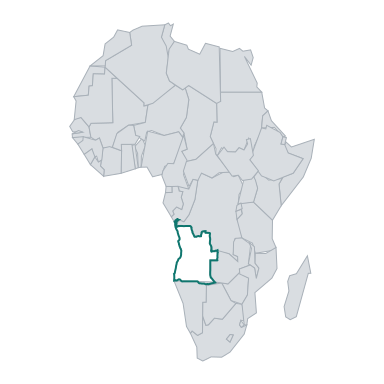 Angola highlighted on a map of Africa
{"feature_id": "AGO", "entity_name": "Angola", "entity_type": "country or territory", "adm_level": 0, "iso_a3": "AGO", "parent_name": "Africa", "parent_adm1": "", "projection": "equal_earth", "projection_center": [17.424, -11.224], "detail": "fine", "context": "in_parent", "style": "outline", "palette": "teal", "viewbox_px": 384, "rotation_deg": 0, "n_neighbors": 49, "source": "natural_earth", "source_scale": "50m", "svg_char_len": 13792}
<svg xmlns="http://www.w3.org/2000/svg" viewBox="0 0 384 384"><path d="M253.5,202.1L272.5,220.2L272.2,238.7L276.0,247.5L273.1,250.3L255.3,253.3L252.5,243.2L241.9,238.0L237.9,229.2L237.0,219.4L242.1,213.8L240.9,203.0L253.5,202.1Z" fill="#d9dde1" stroke="#a8b0b8" stroke-width="1"/><path d="M105.1,67.2L104.5,74.1L93.3,73.8L92.4,85.7L89.1,86.1L88.3,95.2L73.7,96.7L90.1,65.9L105.1,67.2Z" fill="#d9dde1" stroke="#a8b0b8" stroke-width="1"/><path d="M237.0,219.4L241.9,238.0L234.7,238.9L233.2,254.6L237.6,256.5L237.8,261.6L228.9,253.7L211.0,251.2L209.6,232.9L203.7,231.2L199.8,236.3L194.3,236.7L190.2,226.1L175.2,225.6L180.3,219.4L183.9,221.7L189.0,214.7L194.9,199.6L198.1,177.1L201.5,173.1L212.0,178.0L223.7,172.0L229.9,172.1L233.7,176.7L238.3,175.2L243.7,186.8L239.0,194.6L237.0,219.4Z" fill="#d9dde1" stroke="#a8b0b8" stroke-width="1"/><path d="M281.2,205.7L279.0,184.0L283.1,177.0L293.2,173.2L303.1,158.7L288.2,153.0L284.0,146.3L286.0,142.0L291.4,147.0L314.3,139.3L311.2,158.3L303.3,177.0L281.2,205.7Z" fill="#d9dde1" stroke="#a8b0b8" stroke-width="1"/><path d="M272.5,220.2L253.5,202.1L257.6,188.3L253.8,176.9L258.4,170.8L268.6,180.1L282.1,178.5L279.0,184.0L281.2,205.7L272.5,220.2Z" fill="#d9dde1" stroke="#a8b0b8" stroke-width="1"/><path d="M219.7,157.6L217.0,155.5L215.7,154.1L216.0,148.7L210.2,136.6L213.9,121.9L217.0,122.2L216.6,101.4L220.6,101.4L220.5,92.1L261.7,92.1L264.6,108.0L268.0,110.9L262.7,115.8L261.1,132.0L254.3,146.0L253.4,155.4L248.7,138.3L244.0,150.0L239.1,147.7L235.4,152.0L227.5,151.7L221.5,147.8L217.3,155.7L219.7,157.6Z" fill="#d9dde1" stroke="#a8b0b8" stroke-width="1"/><path d="M216.6,103.4L217.0,122.2L213.9,121.9L210.2,136.6L213.5,143.6L196.0,159.3L186.4,161.5L181.7,151.3L187.1,149.2L184.0,133.1L180.3,128.1L186.4,117.4L188.8,99.6L185.2,88.0L188.7,85.5L216.6,103.4Z" fill="#d9dde1" stroke="#a8b0b8" stroke-width="1"/><path d="M190.4,333.3L192.1,331.0L197.6,335.4L202.5,332.7L202.6,315.9L205.9,325.3L208.4,324.8L214.4,318.2L222.4,319.2L235.9,303.4L242.0,304.2L244.2,314.0L243.6,320.8L240.9,320.3L239.5,324.9L241.4,327.4L246.8,324.9L244.2,334.1L230.0,352.1L221.7,357.2L211.1,356.9L202.8,361.0L197.2,358.1L196.8,347.1L190.4,333.3ZM233.2,335.0L230.2,334.5L226.4,339.1L230.0,342.1L233.2,335.0Z" fill="#d9dde1" stroke="#a8b0b8" stroke-width="1"/><path d="M233.2,335.0L230.0,342.1L226.4,339.1L230.2,334.5L233.2,335.0Z" fill="#d9dde1" stroke="#a8b0b8" stroke-width="1"/><path d="M242.0,304.2L231.0,300.6L221.7,283.0L228.0,283.9L239.6,272.4L248.6,278.1L247.4,295.1L242.0,304.2Z" fill="#d9dde1" stroke="#a8b0b8" stroke-width="1"/><path d="M235.9,303.4L222.4,319.2L214.4,318.2L208.4,324.8L205.9,325.3L202.6,315.9L202.7,302.3L206.1,302.1L206.4,285.4L221.7,283.0L231.0,300.6L235.9,303.4Z" fill="#d9dde1" stroke="#a8b0b8" stroke-width="1"/><path d="M202.7,302.3L202.5,332.7L197.6,335.4L192.1,331.0L190.4,333.3L186.5,326.5L183.1,303.5L174.0,280.9L221.1,282.2L206.4,285.4L206.1,302.1L202.7,302.3Z" fill="#d9dde1" stroke="#a8b0b8" stroke-width="1"/><path d="M72.7,131.8L69.7,126.4L75.5,118.2L81.0,117.5L89.0,126.9L90.9,137.3L72.5,137.6L72.1,133.9L82.9,132.2L72.7,131.8Z" fill="#d9dde1" stroke="#a8b0b8" stroke-width="1"/><path d="M90.9,137.3L89.0,126.9L91.0,123.3L112.8,122.7L111.9,78.3L117.1,78.3L144.1,102.9L144.0,105.9L147.9,105.4L145.3,122.4L128.5,125.2L117.8,132.4L112.4,147.3L103.0,148.1L99.4,138.0L95.6,140.2L90.9,137.3Z" fill="#d9dde1" stroke="#a8b0b8" stroke-width="1"/><path d="M73.7,96.7L88.3,95.2L89.1,86.1L92.4,85.7L93.3,73.8L104.5,74.1L105.1,67.2L117.1,78.3L111.9,78.3L112.8,122.7L91.0,123.3L89.0,126.9L81.0,117.5L74.2,119.7L76.1,101.0L73.7,96.7Z" fill="#d9dde1" stroke="#a8b0b8" stroke-width="1"/><path d="M141.1,167.2L138.2,167.7L137.6,153.3L134.5,146.8L142.1,138.3L145.4,145.5L141.4,156.3L141.1,167.2Z" fill="#d9dde1" stroke="#a8b0b8" stroke-width="1"/><path d="M185.2,88.0L188.8,99.6L186.4,117.4L180.3,128.1L184.0,133.1L182.5,137.1L178.7,131.8L164.1,135.5L151.5,130.5L146.7,132.1L144.8,141.1L135.7,135.4L133.6,125.4L145.3,122.4L147.9,105.4L175.3,85.2L182.7,89.8L185.2,88.0Z" fill="#d9dde1" stroke="#a8b0b8" stroke-width="1"/><path d="M141.1,167.2L147.7,131.1L164.1,135.5L178.7,131.8L183.9,139.1L173.7,163.7L164.7,166.3L162.0,174.4L152.6,176.8L147.0,167.1L141.1,167.2Z" fill="#d9dde1" stroke="#a8b0b8" stroke-width="1"/><path d="M183.7,135.3L187.1,149.2L181.7,151.3L187.0,160.2L183.5,174.6L188.8,189.1L166.1,186.4L161.9,175.7L162.9,170.9L167.9,163.4L173.7,163.7L183.7,135.3Z" fill="#d9dde1" stroke="#a8b0b8" stroke-width="1"/><path d="M135.0,144.3L138.2,167.7L135.3,168.8L131.6,145.7L135.0,144.3Z" fill="#d9dde1" stroke="#a8b0b8" stroke-width="1"/><path d="M131.9,144.2L135.3,168.8L121.1,173.3L121.3,144.4L131.9,144.2Z" fill="#d9dde1" stroke="#a8b0b8" stroke-width="1"/><path d="M103.0,148.1L109.6,146.6L121.6,150.8L121.1,173.3L103.6,176.3L104.2,169.8L100.5,166.1L103.0,148.1Z" fill="#d9dde1" stroke="#a8b0b8" stroke-width="1"/><path d="M83.2,136.7L95.6,140.2L99.4,138.0L103.0,148.1L101.8,160.2L98.4,162.1L96.6,156.1L93.9,157.0L91.9,148.9L84.2,154.4L77.8,144.1L83.2,136.7Z" fill="#d9dde1" stroke="#a8b0b8" stroke-width="1"/><path d="M72.5,137.6L83.2,136.7L82.9,140.4L77.8,144.1L72.5,137.6Z" fill="#d9dde1" stroke="#a8b0b8" stroke-width="1"/><path d="M101.3,160.3L100.5,166.1L104.2,169.8L103.6,176.3L90.4,164.6L94.9,156.8L98.4,162.1L101.3,160.3Z" fill="#d9dde1" stroke="#a8b0b8" stroke-width="1"/><path d="M84.2,154.4L91.9,148.9L94.9,156.8L90.4,164.6L84.2,154.4Z" fill="#d9dde1" stroke="#a8b0b8" stroke-width="1"/><path d="M112.4,147.3L116.8,133.6L128.5,125.2L133.6,125.4L135.7,135.4L139.8,136.5L135.0,144.3L121.3,144.4L121.6,150.8L112.4,147.3Z" fill="#d9dde1" stroke="#a8b0b8" stroke-width="1"/><path d="M229.9,172.1L219.2,172.7L212.0,178.0L201.5,173.1L197.8,180.5L193.1,179.4L189.0,186.5L183.4,171.1L186.4,161.5L196.0,159.3L213.5,143.6L215.7,154.1L229.9,172.1Z" fill="#d9dde1" stroke="#a8b0b8" stroke-width="1"/><path d="M197.8,180.5L194.9,199.6L189.0,214.7L183.9,221.7L176.8,219.1L174.3,222.0L171.3,216.8L174.0,214.2L172.7,211.0L176.6,207.0L181.7,209.5L183.3,204.0L181.2,197.3L182.8,191.7L179.2,191.1L178.4,186.5L188.8,189.1L193.1,179.4L197.8,180.5Z" fill="#d9dde1" stroke="#a8b0b8" stroke-width="1"/><path d="M171.9,186.5L178.0,186.3L179.2,191.1L182.8,191.7L181.2,197.3L183.3,204.0L181.7,209.5L176.6,207.0L172.7,211.0L174.0,214.2L171.3,216.8L163.0,202.9L165.5,192.6L172.0,192.4L171.9,186.5Z" fill="#d9dde1" stroke="#a8b0b8" stroke-width="1"/><path d="M166.1,186.4L171.9,186.5L172.0,192.4L165.5,192.6L166.1,186.4Z" fill="#d9dde1" stroke="#a8b0b8" stroke-width="1"/><path d="M241.9,238.0L250.7,244.4L248.4,263.8L250.2,265.0L239.4,269.0L239.6,272.4L228.0,283.9L214.5,281.9L209.9,275.1L210.2,259.9L217.6,260.0L217.3,250.4L228.9,253.7L237.8,261.6L237.6,256.5L233.2,254.6L233.6,241.9L235.6,238.3L241.9,238.0Z" fill="#d9dde1" stroke="#a8b0b8" stroke-width="1"/><path d="M249.0,242.3L254.4,246.7L255.1,263.2L258.9,268.1L256.3,278.5L254.6,268.1L248.4,263.8L251.5,248.5L249.0,242.3Z" fill="#d9dde1" stroke="#a8b0b8" stroke-width="1"/><path d="M255.3,253.3L265.7,253.5L276.0,247.5L277.0,268.5L271.9,278.1L254.9,292.6L256.4,312.9L247.7,318.6L246.8,324.9L244.2,324.9L242.0,304.2L247.4,295.1L248.6,278.1L239.8,274.1L239.4,269.0L250.2,265.0L254.6,268.1L256.3,278.5L258.9,268.1L255.1,263.2L255.3,253.3Z" fill="#d9dde1" stroke="#a8b0b8" stroke-width="1"/><path d="M244.2,324.9L241.4,327.4L239.5,324.9L240.9,320.3L244.2,324.9Z" fill="#d9dde1" stroke="#a8b0b8" stroke-width="1"/><path d="M241.1,209.3L242.1,213.8L237.0,219.4L235.9,211.3L241.1,209.3Z" fill="#d9dde1" stroke="#a8b0b8" stroke-width="1"/><path d="M307.4,255.8L310.8,273.3L308.3,273.3L296.3,316.7L290.2,319.7L285.7,316.9L284.1,306.6L288.9,291.0L287.7,281.4L289.7,275.7L296.4,273.7L307.4,255.8Z" fill="#d9dde1" stroke="#a8b0b8" stroke-width="1"/><path d="M72.1,133.9L78.5,130.5L82.9,132.2L72.1,133.9Z" fill="#d9dde1" stroke="#a8b0b8" stroke-width="1"/><path d="M167.4,54.0L161.4,37.2L164.8,24.8L168.4,23.0L170.5,25.7L173.3,24.1L170.1,36.1L174.4,41.4L167.4,54.0Z" fill="#d9dde1" stroke="#a8b0b8" stroke-width="1"/><path d="M105.1,67.2L105.6,60.6L131.6,45.2L129.7,32.5L133.0,30.1L142.1,26.2L164.8,24.8L161.4,37.2L166.2,46.0L168.3,57.9L166.3,73.1L169.5,81.0L175.3,85.2L152.9,103.3L144.0,105.9L144.1,102.9L105.1,67.2Z" fill="#d9dde1" stroke="#a8b0b8" stroke-width="1"/><path d="M261.6,127.9L262.7,115.8L268.0,110.9L271.4,120.7L285.5,136.1L282.9,136.9L274.3,127.4L261.6,127.9Z" fill="#d9dde1" stroke="#a8b0b8" stroke-width="1"/><path d="M90.1,65.9L103.1,55.7L105.1,43.9L113.7,37.1L117.6,29.9L129.7,32.5L131.6,45.2L105.6,60.6L105.2,65.9L90.1,65.9Z" fill="#d9dde1" stroke="#a8b0b8" stroke-width="1"/><path d="M261.7,92.1L220.5,92.1L220.0,48.3L232.7,51.5L239.5,48.4L242.9,51.2L250.6,49.9L253.2,57.6L251.1,65.2L244.4,56.4L257.2,83.1L256.8,86.9L261.7,92.1Z" fill="#d9dde1" stroke="#a8b0b8" stroke-width="1"/><path d="M219.2,46.9L220.6,101.4L216.6,103.4L188.7,85.5L182.7,89.8L169.5,81.0L166.3,73.1L169.1,49.2L174.4,41.4L186.8,45.2L188.4,49.2L199.7,54.2L205.5,43.3L219.2,46.9Z" fill="#d9dde1" stroke="#a8b0b8" stroke-width="1"/><path d="M303.1,158.7L293.2,173.2L273.8,180.9L261.5,175.9L249.8,159.8L261.6,127.9L265.8,128.9L266.7,125.3L280.1,132.5L282.9,136.9L281.0,144.0L284.7,144.6L288.2,153.0L303.1,158.7Z" fill="#d9dde1" stroke="#a8b0b8" stroke-width="1"/><path d="M282.9,136.9L286.4,137.6L284.7,144.6L281.0,144.0L282.9,136.9Z" fill="#d9dde1" stroke="#a8b0b8" stroke-width="1"/><path d="M253.5,202.1L237.9,204.0L243.9,179.2L253.8,176.9L255.5,180.3L257.6,188.3L253.5,202.1Z" fill="#d9dde1" stroke="#a8b0b8" stroke-width="1"/><path d="M240.9,203.0L242.2,208.6L235.9,211.3L236.9,205.4L240.9,203.0Z" fill="#d9dde1" stroke="#a8b0b8" stroke-width="1"/><path d="M242.4,180.5L238.3,175.2L232.1,176.1L217.3,155.7L224.0,147.1L227.5,151.7L235.4,152.0L239.1,147.7L244.0,150.0L247.6,143.9L246.4,139.6L250.4,138.6L253.4,155.4L249.8,159.8L258.4,170.8L251.6,179.1L242.4,180.5Z" fill="#d9dde1" stroke="#a8b0b8" stroke-width="1"/><path d="M217.5,250.2L217.6,250.8L217.6,251.7L217.7,252.3L217.7,252.6L217.8,252.7L217.7,252.9L217.6,253.3L217.5,253.6L217.5,253.8L217.5,254.3L217.5,254.9L217.4,255.5L217.4,256.2L217.5,257.3L217.5,257.6L217.3,258.2L217.2,258.6L217.1,259.2L217.1,259.4L217.4,260.2L217.4,260.3L217.2,260.4L216.2,260.4L215.2,260.4L214.1,260.4L213.0,260.4L212.1,260.4L211.1,260.4L210.3,260.4L210.3,261.1L210.3,262.7L210.3,264.2L210.3,265.7L210.3,267.3L210.3,268.8L210.3,270.3L210.2,271.9L210.2,273.4L210.2,274.5L210.4,276.0L210.8,277.6L211.0,277.7L211.3,278.0L211.9,278.6L212.2,279.0L212.8,279.8L213.6,280.8L214.4,281.7L215.1,282.5L214.0,282.8L212.4,283.2L211.4,283.4L210.1,283.8L209.2,284.0L208.2,284.2L207.7,284.0L207.1,284.0L206.4,284.2L205.8,284.3L205.4,284.2L205.0,284.0L204.6,283.7L203.9,283.6L202.9,283.6L201.9,283.6L201.0,283.4L200.3,283.3L199.9,283.3L199.5,283.3L199.0,283.1L198.7,282.8L198.2,282.2L197.8,281.6L197.6,281.4L196.5,281.3L195.5,281.3L195.0,281.3L193.6,281.3L192.3,281.3L190.9,281.3L189.6,281.3L188.3,281.3L186.9,281.3L185.6,281.3L184.2,281.3L183.5,281.3L182.8,281.4L182.1,281.4L181.8,281.3L181.7,281.2L181.3,280.8L180.9,280.6L180.5,280.1L180.2,279.7L179.9,279.5L179.5,279.4L179.1,279.3L178.8,279.3L178.4,279.5L178.0,279.8L177.7,280.0L177.3,280.2L176.9,280.5L176.2,280.4L176.1,280.5L175.7,280.5L175.4,280.2L175.0,280.3L174.6,280.5L174.1,280.6L174.2,278.9L174.3,278.1L174.3,277.1L174.2,274.7L174.1,274.3L174.0,273.9L174.4,273.6L174.5,273.4L174.8,273.0L174.9,272.4L175.1,271.1L175.8,268.2L176.2,265.4L176.6,264.0L176.8,262.5L178.0,260.5L178.3,259.3L178.9,258.7L179.8,258.1L180.5,257.0L180.8,256.2L181.1,254.7L181.1,253.1L181.3,251.0L181.3,250.4L180.9,249.6L180.9,249.0L180.5,248.4L180.2,248.0L180.0,247.2L179.5,246.0L179.3,245.1L179.0,244.5L179.0,243.8L178.8,243.0L178.5,242.3L178.2,241.4L178.2,241.1L178.4,240.8L178.6,240.7L178.5,240.8L178.4,241.0L179.5,239.6L179.6,239.3L179.6,239.0L179.5,238.6L179.6,238.1L178.5,235.3L177.7,232.6L177.6,231.3L176.5,229.5L176.0,228.4L175.8,227.6L175.6,227.2L176.0,227.1L176.6,226.9L177.4,226.7L178.2,226.2L178.4,226.0L178.9,225.9L179.3,226.1L179.5,226.0L180.5,226.0L180.9,225.9L181.7,226.0L182.2,226.0L182.5,226.0L183.2,226.1L184.2,226.1L184.5,226.1L185.7,226.0L186.9,226.0L188.0,226.0L189.2,226.0L190.1,226.0L190.5,226.2L190.9,226.5L191.1,226.8L191.3,227.2L191.5,227.4L191.6,227.8L191.5,228.3L191.5,228.9L191.7,229.6L191.9,230.4L192.3,231.2L192.5,231.8L192.4,232.2L192.5,232.7L192.8,233.2L193.0,233.5L193.5,234.5L194.1,235.8L194.5,236.7L194.7,236.8L194.9,236.8L195.4,236.7L195.9,236.6L196.2,236.8L196.3,236.8L196.9,236.4L197.4,236.3L197.9,236.2L198.2,236.0L198.5,236.0L199.4,236.3L199.6,236.3L200.3,236.3L201.0,236.2L201.1,234.9L201.1,234.7L201.3,234.2L201.5,233.8L201.5,233.4L201.5,232.8L201.7,232.2L202.1,231.7L202.9,231.4L203.3,231.4L204.0,231.2L205.1,231.1L205.5,231.1L205.3,232.1L205.3,232.4L205.4,232.7L205.5,232.8L206.6,232.8L207.6,232.9L208.8,232.9L209.6,233.0L209.8,233.1L210.0,233.5L209.9,234.4L209.7,235.7L209.8,236.9L210.1,238.0L210.2,239.7L210.0,240.7L209.9,242.0L209.8,243.4L210.0,244.0L210.3,244.7L210.8,245.3L211.2,246.2L211.5,247.2L211.5,247.9L211.5,248.2L211.5,248.6L211.6,249.3L211.5,249.7L211.2,250.0L211.1,250.3L211.2,250.8L211.3,251.4L211.4,251.6L211.6,251.7L211.9,251.6L212.2,251.2L212.5,251.1L212.8,251.1L213.4,251.2L214.3,251.2L214.6,251.1L215.5,250.7L216.0,250.7L216.5,250.8L217.0,250.9L217.2,250.7L217.3,250.5L217.3,250.3L217.5,250.2ZM178.4,220.0L178.0,220.3L177.6,220.5L177.0,221.3L176.7,221.7L176.6,221.8L176.4,222.0L176.2,222.1L176.3,222.3L176.5,222.5L176.5,223.9L176.4,225.2L176.3,225.3L176.0,225.3L175.5,225.4L175.4,225.5L175.3,225.3L175.1,224.9L175.2,224.4L175.3,224.1L175.2,223.4L175.0,222.8L174.7,222.0L174.6,221.8L174.9,221.6L175.2,221.0L175.3,220.7L175.7,220.7L175.8,220.5L175.9,220.1L176.0,220.0L176.4,219.8L176.9,219.5L177.2,219.2L177.4,219.0L177.6,219.0L178.1,219.6L178.3,220.0L178.4,220.0Z" fill="none" stroke="#0f766e" stroke-width="2"/></svg>